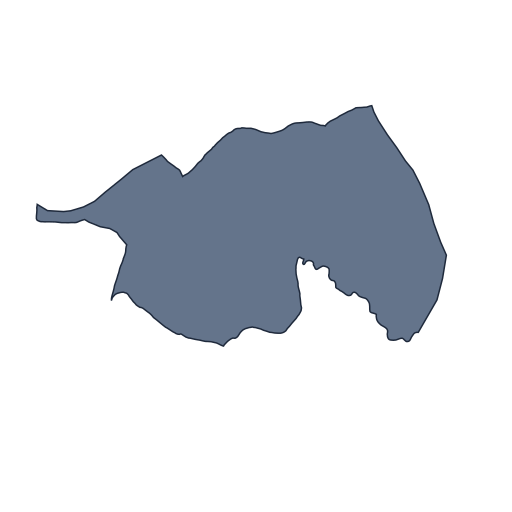 outline of Hamelmalo, Anseba, Eritrea, rotated 153°
{"feature_id": "51966322B61568027672815", "entity_name": "Hamelmalo", "entity_type": "district", "adm_level": 2, "iso_a3": "ERI", "parent_name": "Eritrea", "parent_adm1": "Anseba", "projection": "orthographic", "projection_center": [38.457, 15.915], "detail": "fine", "context": "isolated", "style": "filled", "palette": "slate", "viewbox_px": 512, "rotation_deg": 153, "n_neighbors": 0, "source": "geoboundaries", "source_scale": "gbopen_adm2", "svg_char_len": 6152}
<svg xmlns="http://www.w3.org/2000/svg" viewBox="0 0 512 512"><g transform="rotate(153 256 256)"><path d="M269.0,176.0L267.2,175.6L266.2,175.5L265.3,175.5L263.4,175.8L260.9,177.2L258.1,178.2L254.8,179.7L252.0,180.8L248.7,182.1L246.2,183.5L244.3,184.3L241.6,186.1L240.6,186.9L239.0,189.1L238.2,192.2L236.4,196.7L235.0,200.7L234.0,202.5L233.4,204.8L232.7,208.0L232.2,209.9L231.6,211.3L231.0,212.4L230.3,214.5L229.6,217.7L228.4,221.8L227.3,224.3L226.4,226.3L226.0,226.8L224.8,229.1L222.6,231.7L220.5,234.2L219.1,235.2L218.2,235.2L217.5,235.0L217.0,234.3L215.9,232.6L214.8,231.6L215.6,230.5L217.2,229.0L217.7,228.1L217.7,227.5L217.4,226.9L216.8,226.7L215.9,227.1L214.8,227.8L213.5,228.4L212.4,228.3L211.3,228.1L210.3,227.6L208.9,226.4L208.2,225.2L208.0,224.1L208.1,223.3L208.8,222.2L208.9,221.7L208.8,220.8L208.8,219.8L208.9,218.2L208.8,217.4L208.5,216.9L208.1,216.6L207.0,216.4L205.9,216.6L201.9,216.8L200.8,216.6L200.0,216.1L198.8,215.1L197.6,213.7L197.1,212.8L196.8,211.5L196.9,211.0L197.2,210.2L197.8,209.0L198.6,207.6L199.4,206.4L199.8,206.1L200.3,204.9L200.4,204.4L200.6,203.1L200.4,201.8L200.0,200.6L199.5,199.9L198.7,199.3L197.7,198.4L197.5,197.6L197.4,196.5L197.5,195.6L198.1,194.0L198.6,193.0L199.1,192.0L199.0,191.1L198.5,190.2L197.9,189.4L197.4,188.5L196.8,187.1L195.5,185.3L194.2,182.8L194.0,182.3L193.5,181.2L193.0,180.4L192.6,179.8L192.2,179.3L191.6,178.8L190.7,178.4L190.0,178.2L189.5,178.1L189.0,178.2L188.3,178.4L187.2,179.1L186.4,179.4L185.8,179.4L184.8,179.1L184.0,178.3L183.5,177.3L183.2,176.4L183.0,176.0L182.7,174.3L182.2,173.2L181.5,172.3L180.0,170.7L177.6,168.5L177.0,167.3L176.6,166.0L176.4,163.5L176.6,161.9L177.6,159.4L178.9,156.8L179.3,155.7L179.6,154.8L179.4,154.1L178.9,153.2L176.8,151.2L176.0,150.4L175.3,149.4L175.5,148.9L176.2,147.9L176.4,147.3L176.8,146.2L177.1,145.2L177.3,144.3L177.3,143.2L177.3,142.3L177.1,141.2L176.7,139.8L176.3,138.7L176.0,137.9L175.4,136.9L174.4,135.4L173.9,134.6L173.4,133.8L173.1,133.2L172.9,132.6L172.6,132.0L172.5,130.4L172.8,129.4L173.4,128.3L174.1,127.4L174.6,126.6L174.9,125.7L175.2,125.0L175.5,124.1L175.6,123.0L175.6,122.3L175.4,121.5L174.9,120.7L174.4,120.2L173.5,119.6L171.9,118.6L170.6,118.1L169.9,117.8L169.2,117.6L165.3,117.1L164.4,116.9L163.3,116.5L162.9,116.2L162.5,115.6L162.2,115.0L162.0,114.2L161.1,111.9L160.5,111.3L159.5,110.9L158.6,110.7L157.5,110.9L156.6,111.4L154.5,113.0L153.7,113.5L150.7,115.1L149.7,115.4L148.7,115.3L147.4,115.0L146.8,114.7L146.1,114.3L114.7,134.7L100.0,151.3L86.0,170.3L85.2,184.4L82.8,204.2L78.8,223.3L77.2,246.4L77.2,261.3L79.7,272.9L81.4,288.6L83.9,304.3L85.6,320.9L85.6,330.8L85.4,332.1L84.6,337.4L86.4,337.9L89.8,338.4L92.7,339.7L94.1,340.2L98.0,342.0L99.8,342.7L101.1,342.6L104.5,342.5L108.3,342.9L112.5,342.8L117.7,342.8L121.0,342.3L123.7,342.3L128.6,342.4L131.6,341.9L134.5,340.9L135.2,340.4L136.7,341.7L139.0,343.0L140.2,344.2L142.2,346.4L143.3,347.5L144.2,348.6L144.8,349.3L145.7,350.1L147.3,351.1L149.9,352.3L153.7,353.7L157.4,355.2L159.6,356.2L161.0,356.7L162.3,357.0L163.9,357.2L165.6,357.2L168.3,357.2L170.3,356.8L172.3,356.4L174.5,356.2L176.1,356.2L177.7,356.4L179.6,356.7L182.4,357.2L184.9,357.7L187.0,358.3L189.0,359.8L190.5,360.8L192.0,361.8L194.0,363.5L195.1,364.4L197.2,366.9L198.1,368.0L199.0,369.0L200.2,370.1L202.4,372.0L206.7,374.2L208.2,375.3L210.4,376.6L212.0,376.8L213.3,377.4L214.7,378.1L216.6,378.5L218.4,378.4L219.9,377.9L221.2,377.7L222.5,377.6L224.1,377.9L225.5,377.8L227.4,377.5L228.0,377.3L229.7,376.9L232.0,376.5L233.6,375.9L235.2,375.3L237.4,374.8L239.0,374.4L240.3,373.9L241.8,373.4L243.2,372.7L245.1,372.4L247.2,371.3L249.3,370.8L252.5,370.1L254.9,369.3L255.6,369.2L257.5,368.0L258.3,367.4L260.1,366.5L261.9,365.8L263.4,365.6L265.8,365.0L269.5,363.3L271.4,362.6L273.6,361.8L276.8,361.0L278.7,360.5L281.0,360.4L283.5,360.4L285.3,360.1L285.2,362.1L285.2,363.9L285.1,364.9L285.1,366.1L285.1,367.0L285.4,367.8L286.1,369.2L287.0,370.5L288.3,373.4L290.1,376.8L291.5,379.5L292.0,380.7L292.4,382.7L293.4,386.1L294.4,388.9L326.6,388.9L341.4,385.5L361.1,381.4L375.1,378.0L387.4,378.0L400.6,380.4L407.2,382.9L421.2,391.1L424.6,396.6L427.5,401.3L428.1,400.3L429.3,398.7L430.4,396.3L431.7,394.1L433.5,391.3L434.5,389.4L434.7,389.0L434.8,388.2L434.8,387.4L434.4,386.7L434.0,386.2L433.6,385.7L433.2,385.3L432.8,384.8L431.9,384.1L431.0,383.7L429.0,382.5L427.6,381.8L424.8,380.4L422.2,379.0L419.1,377.3L415.8,375.1L413.8,373.8L411.0,372.4L408.2,370.9L405.1,369.5L403.8,368.8L402.3,368.0L401.1,367.5L400.0,367.3L396.9,367.1L394.6,366.8L392.1,366.3L389.6,362.2L381.5,352.8L373.8,346.9L369.2,340.0L368.7,335.2L366.1,324.7L367.3,323.4L368.5,321.8L370.4,318.7L371.8,317.1L373.9,315.2L375.5,313.8L376.0,313.1L377.5,311.6L379.1,310.2L381.0,308.7L383.2,306.6L384.6,304.9L386.0,303.3L387.8,301.6L390.0,299.2L391.7,297.5L393.5,295.8L395.6,293.7L397.2,291.6L399.3,289.2L402.2,286.1L403.9,284.0L405.1,281.9L403.4,283.7L402.1,284.5L400.8,285.0L399.4,285.5L398.7,285.7L397.8,285.7L396.6,285.7L393.6,285.1L392.0,284.6L390.5,283.9L389.5,282.8L388.6,282.0L388.0,281.3L387.5,279.8L387.3,278.8L387.3,277.6L387.0,276.0L386.6,274.2L386.1,271.1L385.3,268.7L384.9,266.8L384.2,265.4L383.4,264.0L382.7,262.9L382.2,262.6L381.5,262.1L380.4,260.7L378.8,257.3L377.9,255.4L376.9,253.5L376.3,252.0L375.7,250.0L375.6,249.3L375.2,247.6L373.6,244.3L372.8,242.4L370.2,236.4L368.9,233.6L367.9,232.2L366.1,229.1L364.6,226.4L363.2,224.5L362.4,223.1L361.6,222.3L361.0,221.7L360.3,221.3L359.6,220.9L358.8,220.9L357.9,220.2L357.5,219.5L356.9,218.4L355.6,216.2L355.2,215.5L354.3,214.6L353.3,213.5L352.0,212.7L349.9,210.9L347.6,209.0L344.2,206.5L342.6,205.1L339.9,202.9L337.9,201.8L334.9,200.0L332.3,197.8L330.8,196.6L329.8,195.4L328.6,193.8L327.6,192.4L326.5,191.1L325.8,190.5L325.3,190.8L324.8,191.2L324.0,191.5L323.1,191.8L320.9,192.6L319.0,193.1L316.3,193.5L315.3,193.5L314.4,193.5L313.8,193.3L313.1,192.9L312.5,192.5L311.8,192.2L311.0,192.2L310.3,192.2L308.8,192.6L304.8,194.9L302.6,195.7L300.8,196.1L299.5,196.1L298.4,196.1L296.4,195.7L294.7,195.4L293.3,194.9L291.5,194.4L290.3,193.3L289.1,192.6L286.9,190.6L284.9,188.8L283.0,186.4L280.8,184.3L278.4,181.8L276.8,180.8L274.3,178.9L271.2,177.1L269.0,176.0Z" fill="#64748b" stroke="#1e293b" stroke-width="1.5"/></g></svg>